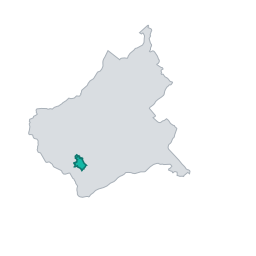 Bumba, Équateur, Democratic Republic of the Congo (highlighted), rotated 228°
{"feature_id": "63176286B7674321742221", "entity_name": "Bumba", "entity_type": "district", "adm_level": 2, "iso_a3": "COD", "parent_name": "Democratic Republic of the Congo", "parent_adm1": "Équateur", "projection": "robinson", "projection_center": [22.644, 2.675], "detail": "fine", "context": "in_parent", "style": "filled", "palette": "teal", "viewbox_px": 256, "rotation_deg": 228, "n_neighbors": 0, "source": "geoboundaries", "source_scale": "gbopen_adm2", "svg_char_len": 6130}
<svg xmlns="http://www.w3.org/2000/svg" viewBox="0 0 256 256"><g transform="rotate(228 128 128)"><path d="M198.9,164.9L184.3,167.5L184.5,168.4L184.4,169.4L184.0,170.2L182.5,172.2L180.3,174.1L180.3,174.5L181.4,176.6L182.1,179.5L181.9,184.6L182.2,185.9L182.1,187.0L181.4,188.2L179.9,194.3L180.9,197.2L183.7,200.0L185.4,202.0L188.2,202.7L188.7,202.6L188.9,200.9L191.1,200.3L191.1,211.1L190.9,211.7L190.5,211.9L189.9,211.5L189.8,210.5L189.2,210.1L186.4,211.4L185.7,211.4L184.9,211.1L184.4,210.6L184.2,209.8L182.3,206.6L181.3,206.4L180.3,203.5L175.9,201.4L174.3,201.3L173.4,200.6L172.5,198.4L171.1,197.0L170.8,195.4L170.5,195.1L169.6,195.5L168.8,198.0L167.8,198.6L166.1,198.6L161.6,197.9L158.4,196.6L157.6,196.7L156.3,195.5L155.8,193.6L156.1,192.1L155.8,191.8L150.9,193.1L149.8,193.9L148.7,193.7L148.3,193.3L148.8,192.2L148.6,191.1L148.2,190.6L146.8,190.2L146.3,189.0L145.4,188.8L145.1,189.0L144.9,189.8L144.4,190.1L141.5,189.7L138.4,190.7L134.4,190.5L132.5,191.7L132.2,191.7L131.8,191.0L131.4,189.0L131.6,188.4L132.2,188.0L132.4,187.2L132.2,185.1L132.4,184.6L132.1,183.3L131.5,181.4L130.7,179.8L128.9,177.4L128.5,176.3L128.6,173.6L129.2,169.3L129.2,166.2L128.4,164.1L128.3,161.9L128.7,158.0L128.3,157.0L119.0,156.7L118.6,156.4L118.4,155.8L118.9,153.5L113.2,154.1L111.6,154.5L110.5,155.5L110.2,156.7L110.1,158.4L109.3,160.0L109.1,162.8L107.5,163.1L105.9,163.1L102.9,162.6L100.0,163.3L98.6,164.1L97.8,163.7L95.2,164.0L94.8,163.8L91.8,158.3L90.5,156.5L90.2,155.6L90.3,154.7L90.0,153.6L88.6,150.8L88.3,149.5L88.4,147.4L88.2,146.7L86.9,144.9L86.1,144.4L85.2,144.0L70.1,144.3L65.1,144.0L61.4,144.2L59.6,144.0L59.1,143.8L57.4,144.2L56.5,144.9L55.2,145.3L54.4,145.1L52.8,143.1L55.0,142.7L55.2,137.6L54.7,136.9L55.8,136.1L57.6,134.0L59.4,133.2L59.7,132.7L60.1,132.8L60.7,133.7L62.3,134.9L64.2,133.8L64.4,133.5L64.6,131.4L65.1,131.2L65.9,131.7L66.4,131.7L67.2,131.1L69.7,130.0L70.4,131.4L69.8,132.6L70.1,133.5L70.1,134.8L70.5,135.1L72.5,135.2L73.0,134.9L76.9,130.1L77.9,129.6L79.5,127.6L81.6,126.8L82.6,125.3L83.8,122.6L84.3,118.7L84.1,112.0L84.3,111.1L86.9,108.1L89.5,102.6L91.3,101.1L92.7,100.5L94.8,98.5L96.4,96.5L96.2,94.1L96.6,92.1L97.5,89.5L97.8,86.8L97.5,83.9L97.6,81.6L98.8,77.9L99.0,73.6L100.1,70.0L102.3,65.5L103.3,62.1L103.1,58.7L103.4,56.3L103.3,54.8L102.9,53.5L103.1,52.7L103.9,52.4L105.0,51.2L106.9,47.9L108.9,46.3L110.3,45.8L111.7,45.8L112.7,46.1L114.2,47.4L116.0,48.4L117.3,49.7L118.6,51.7L121.7,52.1L123.1,52.9L123.9,53.1L124.2,53.0L124.8,53.1L126.3,53.7L127.5,53.3L133.3,54.6L134.0,54.0L135.6,50.6L136.8,49.4L138.8,49.3L140.3,49.9L141.2,49.9L148.3,47.0L149.2,46.8L151.8,47.5L153.5,47.1L154.1,47.2L155.6,46.7L156.8,44.6L157.8,44.1L168.0,46.3L169.6,45.3L170.3,45.1L172.6,45.9L173.3,47.2L174.6,48.3L175.6,50.1L177.1,51.1L177.9,52.0L178.8,52.7L180.7,52.9L183.0,51.3L184.7,51.5L186.4,52.4L187.0,52.3L188.2,51.4L188.9,50.4L189.5,50.2L190.5,50.6L191.3,51.5L192.1,52.9L194.6,56.0L197.1,57.3L197.7,59.2L198.6,59.0L199.1,59.2L199.7,60.4L200.2,60.6L200.2,61.1L199.6,62.3L199.0,64.4L199.8,65.7L199.2,67.7L198.9,69.7L199.7,70.1L200.7,70.1L201.7,71.1L202.4,71.3L203.2,72.4L203.0,73.3L200.6,76.6L196.9,80.5L195.7,81.0L195.0,81.7L194.6,82.9L193.5,83.9L192.7,84.3L192.6,87.1L191.4,90.1L190.9,90.7L190.2,95.6L190.4,96.4L189.7,100.3L189.8,104.0L188.0,105.2L186.8,107.0L186.2,108.2L186.3,111.2L184.2,113.1L184.1,113.5L184.6,115.6L185.3,115.9L185.3,116.6L187.0,118.9L186.9,125.9L187.0,126.6L187.8,128.2L188.4,131.4L187.7,135.4L189.9,142.8L188.9,145.5L189.4,148.1L190.7,150.8L193.8,153.4L194.7,154.5L195.5,156.0L196.2,158.3L198.9,164.9Z" fill="#d9dde1" stroke="#a8b0b8" stroke-width="1"/><path d="M134.8,61.8L134.9,62.0L134.7,62.4L134.6,62.7L134.5,63.0L134.4,63.3L134.4,63.5L134.3,63.8L134.2,63.9L134.1,64.0L134.1,64.3L134.0,64.5L133.8,65.0L133.7,64.9L133.4,64.8L133.3,64.7L133.1,64.7L132.9,64.6L132.7,64.5L132.4,64.7L132.2,64.8L131.9,64.9L131.7,65.0L131.4,65.1L131.2,65.1L130.9,65.3L130.7,65.4L130.5,65.5L130.4,65.5L130.2,65.5L129.9,65.6L129.7,65.6L129.3,65.6L129.2,65.7L128.8,65.6L128.7,65.6L128.4,65.5L128.3,65.4L128.2,65.4L127.9,65.4L127.8,65.5L127.6,65.4L127.6,65.5L127.4,65.5L127.2,65.4L127.2,65.5L127.3,65.9L127.4,66.0L127.5,66.1L127.7,66.3L127.8,66.4L127.7,66.6L127.6,66.9L127.6,67.0L127.4,67.3L127.3,67.6L127.2,67.7L127.3,67.8L127.3,68.0L127.4,68.3L127.5,68.3L127.7,68.5L127.7,69.1L127.7,69.9L127.8,70.3L127.9,70.5L128.0,70.7L128.1,70.9L128.1,71.1L128.2,71.3L128.3,71.4L128.5,71.6L128.5,71.8L128.5,72.0L128.4,72.1L128.6,72.1L128.9,72.1L129.0,72.1L129.4,72.0L129.5,72.0L129.7,71.9L129.8,71.9L130.0,71.9L130.3,71.9L130.7,71.8L130.8,71.8L131.0,71.8L131.4,71.9L131.6,71.9L131.8,71.9L132.0,72.0L132.4,72.1L132.5,72.1L132.8,72.3L133.0,72.3L133.4,72.4L133.8,72.5L134.0,72.6L134.5,72.8L134.9,72.9L135.0,72.9L135.1,73.0L135.3,73.3L135.4,73.1L135.5,73.2L135.7,73.3L135.8,73.3L136.0,73.4L136.1,73.6L136.3,73.4L136.5,73.5L136.5,73.4L136.8,73.3L136.8,73.1L137.0,73.1L137.0,72.9L137.3,72.9L137.4,72.7L137.5,72.7L137.4,72.6L137.3,72.4L137.5,72.3L137.6,72.2L137.8,72.2L137.9,71.9L138.0,71.8L138.3,71.9L138.4,72.0L138.5,72.0L138.8,72.3L138.9,72.5L139.0,72.6L139.2,72.8L139.3,72.8L139.5,73.0L139.9,72.8L140.0,72.8L140.3,72.9L140.4,72.7L140.3,72.2L140.3,71.9L140.4,71.7L140.3,71.4L140.4,71.2L140.5,71.2L140.6,71.3L140.8,71.5L141.1,71.6L141.3,71.7L141.4,71.8L141.5,71.9L141.6,72.0L141.8,72.1L142.0,72.1L142.4,72.0L142.3,70.8L142.3,70.5L142.4,70.2L142.2,69.8L142.1,69.7L141.7,69.5L141.6,69.4L141.4,69.2L141.2,69.2L140.9,69.0L140.9,68.9L140.7,68.7L140.6,68.8L140.6,69.0L140.6,69.3L140.4,69.4L140.3,69.5L140.2,69.7L140.0,69.3L139.9,69.2L139.6,69.0L139.4,69.0L139.3,68.9L139.2,68.9L138.8,68.7L138.7,68.7L138.6,68.8L138.6,68.7L138.4,68.7L138.2,68.6L138.1,68.4L137.1,67.3L137.0,67.1L136.9,67.0L136.9,66.9L137.0,66.8L137.0,66.6L137.3,66.5L137.5,66.8L137.5,66.6L137.5,66.1L137.7,65.8L138.0,65.1L138.1,64.9L138.3,64.5L138.2,64.4L138.0,64.2L137.9,64.2L137.9,64.3L137.6,64.1L137.4,64.1L137.2,64.1L136.7,64.6L136.4,64.6L136.2,64.4L136.1,63.8L136.0,63.7L135.9,63.7L135.7,63.7L135.3,63.5L135.2,63.4L134.8,63.4L134.7,63.4L134.6,63.0L134.8,62.8L134.8,62.6L135.0,62.4L135.1,62.2L135.0,61.9L134.9,61.9L134.8,61.8Z" fill="#14b8a6" stroke="#0f766e" stroke-width="1.5"/></g></svg>